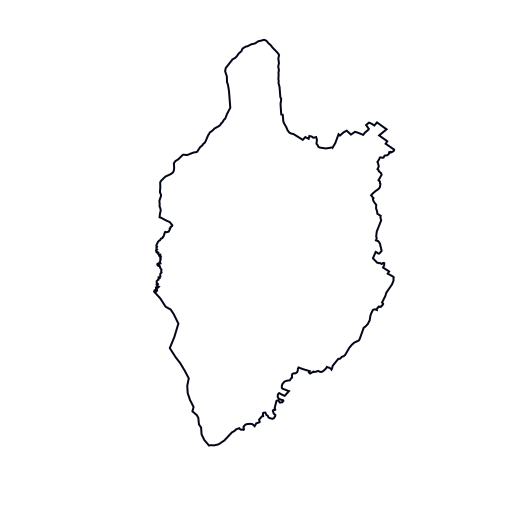 Ineu, Bihor, Romania (Mercator projection), rotated 305°
{"feature_id": "2599482B62282077307235", "entity_name": "Ineu", "entity_type": "district", "adm_level": 2, "iso_a3": "ROU", "parent_name": "Romania", "parent_adm1": "Bihor", "projection": "mercator", "projection_center": [22.104, 47.099], "detail": "fine", "context": "isolated", "style": "outline", "palette": "ink", "viewbox_px": 512, "rotation_deg": 305, "n_neighbors": 0, "source": "geoboundaries", "source_scale": "gbopen_adm2", "svg_char_len": 6128}
<svg xmlns="http://www.w3.org/2000/svg" viewBox="0 0 512 512"><g transform="rotate(305 256 256)"><path d="M206.2,383.0L207.8,382.7L210.1,381.8L219.0,382.4L219.5,383.3L220.6,383.9L222.6,384.1L224.2,385.3L226.0,385.8L234.1,385.1L238.1,385.4L241.3,386.1L245.6,388.6L247.3,388.6L259.0,385.4L260.6,386.0L264.2,386.6L268.6,386.0L271.7,384.4L274.4,383.4L278.9,382.7L280.6,384.0L281.1,385.9L281.6,385.4L283.5,385.3L283.7,385.6L285.0,385.6L285.4,386.8L285.8,387.3L286.2,387.1L286.5,387.5L287.1,387.7L288.0,387.6L288.2,387.8L289.6,387.7L290.0,387.1L290.2,385.9L297.3,384.9L300.7,383.8L310.7,383.7L314.6,382.8L316.4,381.6L317.6,381.0L317.7,379.5L317.1,374.0L319.7,373.9L319.4,366.7L321.9,366.3L323.7,365.2L323.7,364.7L323.0,364.0L322.0,363.8L321.5,363.4L321.4,361.6L320.8,361.1L320.6,360.8L320.6,360.1L320.0,359.3L321.2,353.1L328.0,351.7L328.2,352.6L328.1,354.3L328.4,355.3L328.9,355.6L332.2,356.0L334.8,353.2L335.8,351.8L336.4,351.5L337.2,350.5L338.3,347.7L337.6,345.3L339.8,344.7L341.0,343.2L345.3,340.9L356.9,338.1L359.1,335.7L360.4,335.1L360.2,331.2L362.1,329.5L363.9,327.0L366.9,325.1L367.5,323.0L368.5,320.5L369.9,318.9L370.8,319.0L371.7,315.5L373.8,315.7L377.5,316.6L381.1,317.9L383.1,318.1L384.4,317.6L386.5,316.5L386.8,315.7L388.1,314.8L388.3,312.9L394.6,312.3L395.6,311.0L395.9,307.9L396.6,307.3L396.8,305.7L399.1,305.4L400.1,304.9L402.5,302.1L402.6,301.6L405.7,301.4L407.7,301.0L408.1,301.2L408.9,303.1L409.7,304.0L412.0,303.8L413.9,305.8L416.6,306.4L416.8,305.8L417.6,305.6L417.8,306.1L418.6,306.6L418.6,307.5L420.8,308.5L421.8,308.5L422.4,308.1L422.3,297.8L425.3,297.7L425.4,287.7L434.7,290.3L434.8,278.5L430.8,278.1L430.6,274.4L430.0,272.0L426.4,271.1L424.8,275.6L423.2,275.5L419.8,274.5L416.7,274.3L415.5,268.9L414.5,265.9L409.9,264.1L410.7,258.4L407.5,256.8L402.8,255.7L403.1,253.8L393.9,256.2L388.5,256.6L388.6,256.1L384.2,251.6L381.4,246.0L381.2,244.6L382.1,243.0L382.7,241.1L386.1,239.3L387.9,237.1L386.0,235.4L385.7,234.8L385.8,233.1L384.9,230.9L382.2,231.9L381.7,228.2L378.0,227.7L377.4,216.9L376.4,214.2L376.2,212.6L377.1,209.7L378.8,207.1L381.0,202.5L381.8,201.3L387.0,196.9L386.4,195.6L387.0,195.0L394.6,188.9L398.4,187.0L399.3,186.3L400.2,184.7L408.0,178.3L410.4,175.4L412.4,174.2L413.7,172.9L417.7,170.4L419.0,169.3L421.3,168.2L424.0,165.5L427.1,164.2L430.6,161.0L433.9,159.6L434.9,157.0L436.2,150.0L437.2,146.8L437.4,144.1L438.1,142.0L438.2,140.4L437.9,139.2L437.5,138.4L434.9,136.3L433.2,134.7L429.8,133.4L427.9,131.9L427.0,130.9L422.9,128.7L421.5,127.4L418.4,126.1L417.2,126.1L415.6,126.6L411.9,125.7L408.5,125.7L406.2,125.3L403.8,124.0L392.6,123.4L389.7,124.7L386.3,129.2L381.8,132.5L380.0,135.0L375.8,139.1L362.7,149.9L355.8,150.8L350.8,152.0L349.2,151.6L346.1,151.8L344.7,151.4L343.0,151.6L341.1,151.1L336.7,148.9L333.8,148.4L330.6,147.3L329.0,147.6L328.1,147.5L326.2,147.8L320.6,149.0L319.0,149.0L317.7,148.5L316.0,148.6L313.0,147.8L307.7,148.0L306.8,147.5L305.3,145.8L304.1,144.9L299.2,141.7L297.4,138.5L296.8,138.0L290.7,136.9L287.7,135.6L285.5,135.5L284.6,135.7L281.4,138.3L279.7,139.3L278.1,139.9L276.5,140.0L274.2,139.2L269.0,136.2L264.2,135.3L262.3,135.1L261.2,135.4L257.1,138.4L253.3,140.6L251.4,143.3L250.5,143.8L245.8,145.2L242.8,147.7L241.7,148.2L239.5,151.1L238.5,151.9L235.5,153.1L232.4,154.8L232.9,156.5L233.5,161.7L234.3,165.9L233.2,169.8L232.5,170.1L230.9,169.4L230.4,169.8L229.1,169.5L228.7,170.1L225.9,170.5L224.2,169.1L223.7,167.8L221.5,168.2L221.3,168.4L218.6,169.1L218.1,168.8L216.9,169.0L215.8,168.2L213.8,168.3L212.9,167.8L211.2,167.6L207.8,168.2L207.2,168.5L206.7,169.4L206.8,169.6L205.8,169.9L205.5,169.8L205.4,170.1L204.6,170.5L204.5,171.1L203.9,170.7L203.4,170.8L203.0,171.4L202.5,171.7L202.4,172.4L202.7,172.5L202.7,172.9L202.0,172.8L202.0,173.4L202.6,174.2L201.5,175.0L201.6,175.4L201.4,175.4L201.2,175.8L202.2,176.8L201.8,177.2L200.7,176.8L200.4,177.1L200.8,178.3L200.0,178.4L199.6,178.7L199.6,179.2L198.7,179.3L198.5,179.9L197.3,180.1L196.1,181.0L195.5,181.1L195.3,181.5L194.9,180.7L193.8,181.6L192.9,180.8L193.1,179.9L192.7,179.8L192.0,180.7L191.9,181.8L192.5,182.8L192.4,183.2L191.3,184.3L190.6,186.4L189.1,187.1L188.3,188.1L187.0,187.8L185.6,188.3L184.6,189.1L184.3,189.5L183.4,189.4L182.6,189.8L182.3,189.5L183.0,188.8L182.7,188.4L180.6,189.7L180.1,189.3L178.3,189.1L176.7,190.4L176.8,191.0L175.8,190.8L175.5,191.1L175.9,191.8L175.4,191.8L174.9,192.6L175.1,194.1L173.8,193.8L173.1,193.2L172.8,193.3L172.6,193.0L173.3,192.6L173.2,192.2L172.8,192.1L171.2,193.3L170.8,194.1L171.3,194.5L171.0,194.8L169.4,194.6L169.5,194.3L170.2,193.8L170.3,193.2L170.1,192.8L169.8,192.6L168.5,192.9L168.3,193.2L166.4,201.8L162.6,211.1L163.2,216.8L161.2,221.9L156.1,231.2L142.7,235.6L131.1,238.2L127.0,248.2L124.7,255.5L121.2,263.3L117.2,271.1L110.3,274.1L104.5,278.7L100.1,284.7L96.5,291.5L92.3,293.0L91.7,298.8L90.4,301.5L85.3,305.9L84.0,309.4L78.7,313.7L75.6,319.2L73.8,326.2L75.2,327.6L76.9,330.4L80.2,333.3L86.8,335.9L97.5,337.4L100.4,338.7L102.9,339.3L105.3,341.0L105.0,342.0L105.1,343.4L106.0,344.4L106.4,345.5L106.7,345.6L107.1,345.6L107.8,344.7L109.1,343.7L111.5,344.0L112.9,344.8L114.9,347.1L115.8,348.6L116.2,349.6L115.8,352.5L119.1,352.2L121.2,353.8L122.2,354.2L123.7,352.4L128.0,352.8L128.9,353.7L130.7,352.2L131.6,351.9L132.1,352.2L133.1,353.5L131.8,355.6L131.9,357.1L131.0,358.8L131.0,360.0L132.1,362.9L133.6,363.7L136.1,363.5L136.9,363.0L137.0,362.3L136.9,361.6L137.4,360.4L139.0,358.5L139.5,358.5L140.3,358.9L140.7,359.8L141.2,359.9L142.2,358.5L148.9,355.9L149.8,356.2L150.3,356.9L150.2,358.1L149.7,359.3L149.6,359.6L150.0,360.2L150.5,360.5L151.1,361.3L152.7,361.6L153.2,361.4L153.4,360.7L152.8,359.7L152.2,356.6L152.5,355.7L153.1,354.5L155.3,353.3L157.0,353.6L157.3,356.9L157.9,359.7L164.2,360.5L162.5,353.8L162.7,352.9L164.5,351.6L166.1,351.1L169.3,351.3L171.2,352.5L173.6,355.0L175.8,354.9L177.1,355.3L178.4,354.1L180.2,353.4L181.5,354.2L182.6,355.7L184.4,356.3L185.9,356.0L187.9,354.9L189.1,354.8L190.3,359.5L192.5,366.1L191.0,366.1L190.8,367.0L190.8,367.8L194.3,369.4L194.2,370.0L195.2,371.1L197.5,372.9L197.9,375.0L198.6,376.2L200.7,377.2L203.8,377.8L205.8,377.7L206.0,378.9L206.5,379.9L206.5,381.8L206.2,383.0Z" fill="none" stroke="#020617" stroke-width="2"/></g></svg>